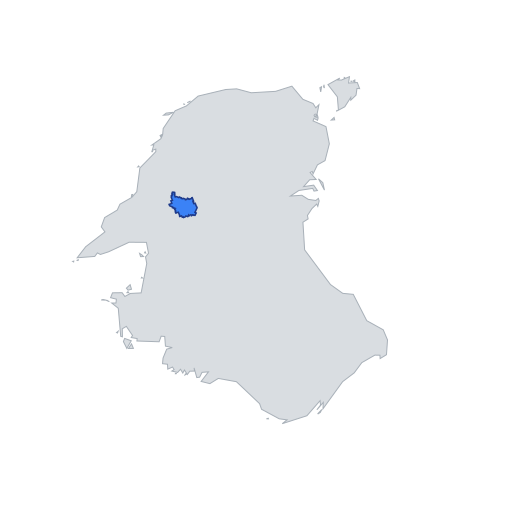 Winton, Queensland, Australia (highlighted), rotated 244°
{"feature_id": "25037944B95324883935739", "entity_name": "Winton", "entity_type": "district", "adm_level": 2, "iso_a3": "AUS", "parent_name": "Australia", "parent_adm1": "Queensland", "projection": "natural_earth1", "projection_center": [142.695, -22.507], "detail": "fine", "context": "in_parent", "style": "filled", "palette": "blue", "viewbox_px": 512, "rotation_deg": 244, "n_neighbors": 0, "source": "geoboundaries", "source_scale": "gbopen_adm2", "svg_char_len": 6749}
<svg xmlns="http://www.w3.org/2000/svg" viewBox="0 0 512 512"><g transform="rotate(244 256 256)"><path d="M339.0,107.0L343.9,130.8L350.0,129.7L356.9,136.8L358.1,151.4L362.2,156.4L363.1,170.0L366.0,177.0L386.0,190.2L393.7,211.7L396.0,212.8L396.4,209.0L400.7,212.9L401.4,211.0L403.1,221.9L405.7,225.1L411.3,228.5L422.0,247.0L421.4,259.3L425.1,274.1L418.9,301.8L414.7,311.9L404.8,323.3L395.4,345.8L392.9,362.7L376.3,366.8L368.1,374.1L363.0,374.7L364.4,378.9L356.4,372.8L357.6,371.4L357.1,369.9L355.6,369.8L352.9,372.4L351.0,370.8L354.3,368.4L352.4,366.5L341.6,375.6L324.7,371.1L311.5,359.9L311.0,351.2L304.8,343.3L307.4,343.6L307.3,341.2L298.4,343.6L301.0,337.7L297.5,329.2L294.4,338.9L287.9,339.9L288.9,336.6L291.9,336.6L296.1,323.3L294.8,313.2L290.5,323.8L284.0,327.8L279.7,334.1L280.4,337.3L277.8,336.9L273.5,333.3L276.1,333.3L274.1,327.1L269.9,320.0L266.5,319.1L265.8,313.0L240.2,302.4L197.7,310.4L184.4,317.6L178.9,326.6L149.3,327.2L133.9,338.0L122.9,337.4L110.1,330.0L109.4,322.6L112.5,323.9L114.8,319.4L113.8,304.4L107.9,293.0L105.1,278.8L89.3,249.2L94.9,252.3L91.1,243.3L93.7,248.6L97.9,250.2L90.1,231.7L93.8,206.1L95.1,212.1L99.5,205.5L115.8,193.8L121.7,194.5L151.6,183.3L162.5,168.4L161.5,158.6L167.3,151.7L172.7,162.5L175.1,156.5L171.8,152.2L172.7,149.5L182.6,151.3L179.5,150.3L181.5,146.0L179.6,142.3L184.9,141.7L182.9,138.9L187.3,138.5L185.7,134.5L189.5,129.9L189.8,132.6L192.8,132.3L193.0,127.1L197.5,129.0L200.2,124.8L205.0,127.7L211.4,134.9L210.4,140.6L214.7,135.1L223.7,138.7L225.5,135.6L221.4,131.3L231.8,111.7L233.9,113.0L237.4,108.1L238.7,110.2L249.6,108.6L249.2,103.9L241.9,100.5L243.1,99.2L269.4,109.3L277.0,105.7L275.1,109.5L278.4,111.6L282.3,107.0L285.8,110.9L281.7,119.6L277.1,120.4L277.4,126.7L273.2,136.6L297.1,154.5L303.6,156.3L305.6,160.6L316.3,163.5L324.0,148.0L324.4,125.3L325.6,116.8L328.3,114.8L326.3,110.9L332.8,94.5L339.0,107.0ZM350.9,394.0L363.4,398.9L378.5,395.8L379.2,409.3L378.3,406.9L376.7,409.8L376.2,418.6L370.9,415.0L367.5,423.1L361.0,422.5L362.3,420.2L356.7,416.4L354.5,409.5L357.0,410.7L351.2,401.2L350.9,394.0ZM229.6,99.4L237.2,99.3L239.5,101.8L234.5,106.7L229.6,99.4ZM285.2,346.4L298.0,346.0L292.6,348.2L285.2,346.4ZM283.9,125.4L285.4,130.3L280.7,129.5L281.4,126.0L283.9,125.4ZM421.4,244.8L421.2,239.2L423.1,234.6L423.8,237.9L421.4,244.8ZM375.1,386.1L379.3,387.2L379.4,389.1L375.1,386.1ZM228.8,100.8L231.6,105.6L226.7,105.3L228.8,100.8ZM346.3,386.9L343.9,386.4L345.2,383.2L346.3,386.9ZM309.4,152.5L307.1,153.9L304.8,154.7L306.0,152.0L309.4,152.5ZM89.2,247.9L87.2,245.2L86.9,242.6L87.2,242.5L89.2,247.9ZM378.4,390.9L380.1,392.2L377.0,391.1L378.4,390.9ZM404.7,222.6L406.4,222.6L406.4,225.1L404.7,222.6ZM363.7,169.8L365.7,171.3L365.4,172.1L363.7,169.8ZM370.7,419.8L370.9,422.0L369.3,421.3L370.7,419.8ZM424.0,261.4L424.0,264.5L423.8,264.4L424.0,261.4ZM248.8,99.1L247.5,97.8L248.3,97.1L248.8,99.1ZM284.0,99.4L282.1,101.8L284.3,97.6L284.0,99.4ZM424.3,257.7L423.4,258.7L424.0,257.6L424.3,257.7ZM287.0,143.9L286.0,144.4L286.5,143.3L287.0,143.9ZM280.1,125.3L278.8,125.5L279.6,124.0L280.1,125.3ZM105.1,194.0L104.8,195.9L104.2,195.8L105.1,194.0ZM330.6,93.4L330.5,95.1L330.0,93.9L330.6,93.4ZM355.6,370.6L356.0,371.6L355.5,371.3L355.6,370.6ZM281.7,102.5L279.2,104.2L281.7,102.1L281.7,102.5ZM185.8,132.1L185.0,133.3L185.5,131.9L185.8,132.1ZM371.6,418.2L370.8,418.7L371.3,417.9L371.6,418.2ZM308.4,158.2L307.0,158.2L307.7,157.2L308.4,158.2ZM181.0,140.9L180.3,141.5L180.2,140.0L181.0,140.9ZM377.8,413.6L376.7,414.3L377.0,413.1L377.8,413.6ZM331.5,88.9L331.3,90.0L330.6,89.5L331.5,88.9ZM355.0,372.0L356.1,373.0L354.3,372.7L355.0,372.0ZM388.4,190.0L387.5,190.1L387.9,188.8L388.4,190.0ZM395.6,208.8L395.1,208.8L395.5,207.8L395.6,208.8ZM351.4,392.4L351.1,393.2L350.8,392.2L351.4,392.4Z" fill="#d9dde1" stroke="#a8b0b8" stroke-width="1"/><path d="M350.0,209.1L350.0,208.9L349.2,208.8L349.2,208.4L349.3,208.3L349.3,207.9L348.1,207.8L348.1,207.6L348.0,207.3L347.9,207.2L347.4,207.2L347.4,206.8L347.4,206.4L346.8,206.3L346.6,206.3L346.4,206.3L346.2,206.2L346.2,205.6L345.8,205.5L345.3,205.5L345.2,205.5L344.9,205.5L344.8,205.4L344.0,205.4L343.4,205.3L342.9,205.3L342.7,205.3L342.8,204.3L342.9,203.7L342.6,203.7L342.3,203.6L342.2,203.6L341.9,203.6L341.7,203.6L341.3,203.5L341.2,203.5L340.6,203.5L340.4,203.4L340.2,203.4L340.2,203.2L340.3,202.5L340.3,202.3L340.3,201.7L340.4,201.4L340.5,200.5L339.4,200.4L339.0,200.4L338.9,200.5L338.6,200.8L338.3,201.0L338.1,201.2L337.9,201.4L337.7,201.5L337.5,201.8L337.4,201.8L337.2,202.1L336.9,202.1L336.3,202.7L336.1,202.6L336.1,202.4L335.9,202.2L335.5,202.6L335.4,202.7L334.8,203.2L335.1,203.4L334.5,204.0L334.5,203.4L334.3,203.4L334.0,203.3L333.8,203.3L333.7,203.3L333.2,203.3L333.1,203.7L332.8,203.7L332.6,203.7L332.3,203.7L332.2,203.7L331.8,203.6L331.8,203.4L331.3,203.3L330.9,203.2L331.0,202.8L330.4,202.7L329.7,202.7L329.6,202.9L329.6,203.1L329.6,203.3L329.6,203.8L329.6,204.2L329.5,204.8L329.5,205.1L329.4,205.4L328.5,205.3L326.8,205.2L326.8,205.3L325.7,205.2L325.5,204.8L325.3,204.8L324.9,204.8L324.7,206.7L324.4,206.7L323.2,206.7L323.2,206.8L323.0,207.1L323.0,207.3L323.1,207.5L323.1,207.8L322.3,207.8L322.2,209.8L322.3,210.0L322.5,210.3L322.7,210.5L322.1,211.2L321.9,211.3L321.3,211.9L321.7,212.5L322.3,213.3L322.2,213.3L321.9,213.6L321.5,213.5L321.4,213.5L321.5,214.2L321.6,214.3L321.7,214.8L321.6,215.0L321.7,215.3L320.6,216.3L320.5,216.2L320.5,216.3L320.8,216.5L321.0,216.8L320.7,217.1L320.5,217.3L320.0,217.7L320.1,217.9L320.2,218.0L319.2,218.9L319.2,219.0L320.2,220.2L320.4,220.5L320.5,220.6L320.6,220.8L320.9,221.1L321.0,221.0L322.0,220.2L322.6,221.0L322.8,221.3L323.1,221.7L323.2,221.8L323.7,222.4L323.8,222.6L324.3,223.1L324.5,223.3L325.1,224.2L325.7,224.3L326.4,224.3L326.4,224.2L327.6,224.2L328.9,224.4L328.9,224.2L329.1,224.2L330.3,224.3L330.3,223.7L330.4,223.0L332.4,223.2L332.3,223.4L332.6,223.5L332.9,223.5L332.8,224.0L333.5,224.0L334.3,224.1L335.6,224.2L336.4,224.3L336.5,223.8L335.8,223.7L336.0,222.4L336.2,222.2L336.1,221.4L336.2,220.8L336.6,220.8L336.6,220.7L336.7,220.4L336.8,220.4L337.0,220.6L338.0,219.7L337.6,219.1L337.4,218.8L337.2,218.7L337.3,218.3L337.3,218.0L337.4,217.5L337.5,217.2L338.2,217.3L338.3,217.3L339.0,216.6L339.4,216.2L339.5,216.2L339.5,215.7L339.5,215.4L339.6,215.2L339.9,214.9L339.9,214.6L340.1,214.5L340.8,214.6L340.8,214.0L341.4,214.0L341.6,213.9L341.8,213.7L342.2,213.3L342.5,213.0L342.7,212.9L342.6,212.7L342.4,212.4L342.3,212.2L343.0,211.6L343.2,211.4L343.3,211.4L343.5,211.3L344.3,210.5L344.4,210.4L344.5,209.3L345.0,209.4L345.9,209.4L345.9,209.5L346.0,209.5L346.0,209.4L346.6,209.5L347.0,209.5L347.2,210.3L347.8,210.3L348.2,210.3L348.3,210.3L348.5,210.7L348.8,210.8L348.9,210.7L349.0,210.6L349.1,210.4L349.3,210.2L349.5,209.9L349.7,209.6L349.9,209.2L350.0,209.1L350.0,209.1Z" fill="#3b82f6" stroke="#1e3a8a" stroke-width="1.5"/></g></svg>